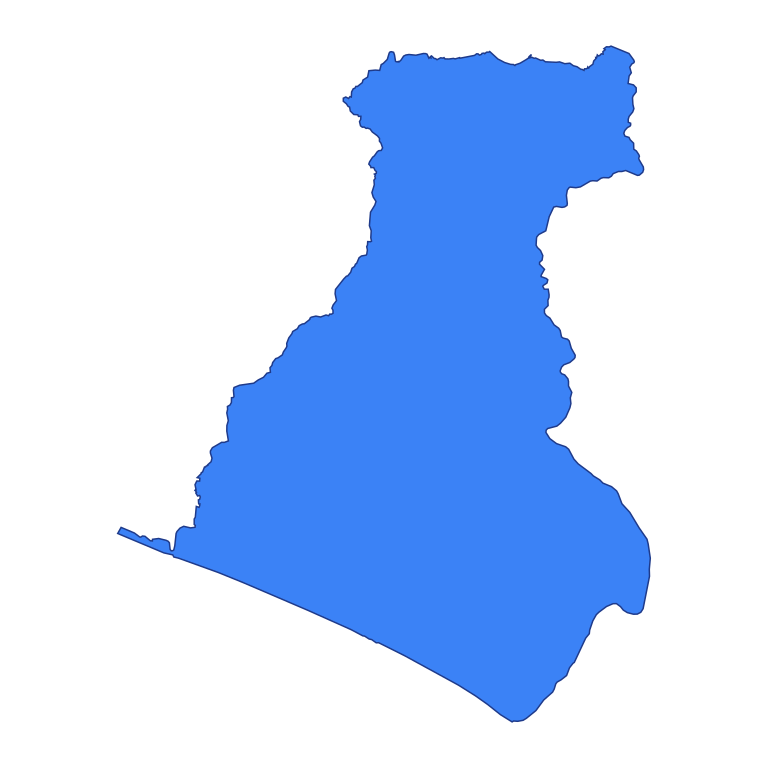 Kulon Progo, Yogyakarta, Indonesia (orthographic projection)
{"feature_id": "22746128B43033686501526", "entity_name": "Kulon Progo", "entity_type": "district", "adm_level": 2, "iso_a3": "IDN", "parent_name": "Indonesia", "parent_adm1": "Yogyakarta", "projection": "orthographic", "projection_center": [110.154, -7.813], "detail": "fine", "context": "isolated", "style": "filled", "palette": "blue", "viewbox_px": 768, "rotation_deg": 0, "n_neighbors": 0, "source": "geoboundaries", "source_scale": "gbopen_adm2", "svg_char_len": 6003}
<svg xmlns="http://www.w3.org/2000/svg" viewBox="0 0 768 768"><path d="M571.8,392.4L568.5,386.0L568.5,381.4L567.9,378.8L564.7,374.9L561.6,373.7L560.3,371.9L560.2,370.7L561.6,367.1L563.8,364.8L569.8,362.5L574.1,358.8L575.0,357.5L575.2,355.2L571.3,348.3L569.2,341.0L567.5,339.2L563.2,338.1L561.5,336.9L560.2,330.5L558.7,328.2L554.1,324.9L549.9,318.1L546.3,315.6L544.5,313.0L544.4,309.3L548.1,305.6L547.9,300.2L549.0,297.3L549.1,294.8L548.2,289.2L544.3,289.2L542.8,286.4L543.2,285.5L547.0,283.0L547.8,279.8L546.3,278.5L541.1,276.6L541.2,275.2L544.5,269.3L539.5,264.2L539.6,262.3L542.1,260.1L542.8,255.6L540.5,250.5L537.4,247.5L536.1,245.2L536.5,238.3L536.8,236.9L538.8,234.5L545.8,230.8L549.2,216.7L553.7,207.1L556.4,206.4L562.0,207.4L564.7,206.9L567.0,205.4L567.3,203.6L566.4,195.3L567.3,190.1L569.1,187.6L570.2,187.1L575.9,187.7L580.4,186.9L590.3,181.1L592.8,180.7L597.1,181.0L601.1,178.2L603.4,177.6L608.8,177.8L611.4,176.2L613.2,173.6L618.4,171.5L621.9,171.5L625.7,170.5L637.5,175.4L639.4,175.1L642.7,172.3L643.6,169.6L643.3,166.9L639.2,159.8L638.7,158.2L639.4,156.3L638.9,154.8L636.4,151.0L633.8,149.2L633.6,143.2L630.2,139.8L629.0,137.4L624.9,136.1L623.8,133.3L624.8,130.5L627.5,127.5L630.0,126.2L630.7,125.0L630.6,123.2L628.3,122.3L628.2,119.3L629.1,116.4L632.7,112.0L633.9,108.7L632.9,104.4L632.5,97.7L633.2,95.8L636.2,91.9L636.2,87.8L633.5,84.9L628.1,83.5L629.1,76.0L631.3,72.8L629.7,67.2L631.8,64.0L633.9,62.7L634.3,61.7L633.8,60.1L629.0,53.5L611.0,46.1L609.2,46.9L606.4,46.8L603.9,48.7L605.2,49.7L602.9,51.6L603.1,54.1L601.3,53.8L599.7,55.5L598.3,55.9L597.3,54.9L596.6,57.7L595.7,57.5L595.9,58.6L593.7,61.0L592.9,64.2L589.2,66.9L588.8,68.0L588.2,68.1L587.7,67.2L587.4,68.2L586.3,68.8L584.5,68.8L584.0,70.4L581.9,69.3L581.0,69.4L577.0,66.7L573.3,65.7L569.9,63.2L564.8,63.7L559.6,61.9L556.3,62.3L545.4,61.8L542.9,60.0L540.7,60.3L535.6,58.0L534.1,58.3L531.9,57.3L529.9,57.8L531.4,54.5L529.0,56.7L528.5,58.0L526.2,59.6L520.1,63.2L515.4,64.8L514.9,65.5L513.4,64.5L510.7,64.4L504.6,62.5L497.9,59.0L489.7,51.5L489.0,52.1L486.5,52.2L484.8,53.7L484.0,53.1L482.0,53.4L481.4,54.4L479.4,55.1L478.1,53.9L476.6,53.8L474.5,55.4L460.0,58.2L459.7,57.6L455.1,58.9L453.5,58.4L449.0,59.0L445.0,58.9L444.0,57.6L443.1,58.1L440.6,57.8L437.0,59.7L435.6,58.6L434.3,58.5L431.5,55.9L430.5,56.5L430.8,57.9L429.8,57.4L428.9,58.2L427.1,54.2L425.7,53.6L423.4,53.5L415.9,55.2L409.0,54.5L405.8,55.0L403.6,56.1L401.0,60.1L398.9,62.0L398.2,61.4L397.5,61.9L396.1,61.7L395.5,61.2L394.5,54.9L393.6,52.3L391.5,51.7L390.1,51.9L389.2,53.0L387.3,59.4L383.3,63.4L381.2,64.6L379.7,70.4L375.3,70.1L368.9,70.7L367.6,77.1L363.0,80.0L362.3,82.6L357.4,86.5L355.9,86.4L354.8,88.3L353.3,88.7L351.6,91.9L351.3,97.0L350.0,96.6L348.5,98.5L345.8,97.0L343.3,98.2L343.3,101.3L346.4,103.8L348.1,106.4L349.6,107.1L350.3,111.0L353.8,114.5L357.8,114.8L358.5,116.4L360.9,116.3L360.7,119.4L359.5,121.6L360.5,125.8L362.3,127.2L364.2,127.1L366.1,128.4L367.5,128.1L370.1,129.0L372.3,132.0L377.5,135.9L379.5,138.4L379.4,141.1L381.0,143.2L382.6,147.9L381.3,150.4L378.7,150.7L377.3,151.7L374.3,155.9L372.6,157.2L369.6,161.8L368.8,164.1L370.7,166.4L370.9,167.6L373.7,167.6L375.1,170.5L376.4,171.6L376.3,173.3L374.4,174.1L375.4,175.0L374.8,176.4L375.4,178.2L373.9,180.2L374.3,184.8L371.9,192.6L373.2,197.0L376.0,201.5L374.8,205.1L370.5,212.2L369.4,225.7L371.2,230.7L370.8,237.8L371.5,241.2L370.6,241.7L367.7,241.6L367.5,244.9L366.7,246.6L367.4,250.0L366.7,254.4L366.2,255.1L361.4,256.0L359.1,257.7L356.6,263.5L355.5,264.1L354.5,266.5L352.0,268.2L350.7,272.2L347.7,275.9L346.4,276.2L343.8,278.9L335.5,289.4L335.1,293.8L336.5,300.6L333.2,304.9L331.9,308.2L333.0,310.3L333.0,313.3L331.2,314.3L329.9,314.0L328.6,315.7L326.0,315.0L320.6,317.0L315.9,316.1L311.2,317.2L310.0,318.2L309.8,319.4L304.4,323.7L302.3,324.0L299.1,325.7L297.4,328.7L292.7,331.5L291.9,333.7L288.8,337.9L286.7,343.4L286.9,346.1L286.4,347.5L283.4,351.9L282.3,354.9L277.9,357.9L275.7,358.6L272.7,362.5L271.9,365.5L270.0,367.7L270.4,372.3L266.9,373.2L263.5,377.3L258.3,379.9L253.7,383.2L239.7,385.2L234.0,387.5L233.4,390.3L234.0,396.6L233.3,397.5L231.5,397.7L231.4,402.5L230.0,405.0L227.4,406.5L227.6,409.3L226.8,412.9L228.3,420.7L226.9,425.5L226.8,431.1L228.4,440.9L224.3,442.4L221.7,442.3L212.4,447.7L210.4,451.0L210.4,453.0L212.0,458.2L211.1,461.7L207.6,464.9L207.8,465.4L206.1,466.1L205.5,467.0L204.5,467.0L202.6,471.9L201.2,472.8L201.1,473.7L197.2,477.6L199.9,478.3L199.6,481.1L196.8,481.0L195.0,484.7L195.9,488.9L195.1,490.3L196.0,490.2L195.8,491.3L196.5,492.3L195.8,493.0L197.6,496.0L199.6,495.5L200.3,497.0L199.6,499.4L198.4,499.9L198.6,503.3L199.0,504.1L199.9,504.0L199.7,505.7L199.0,507.4L196.3,506.4L195.3,517.3L194.2,519.0L194.2,524.5L195.3,525.4L195.0,527.3L190.6,527.9L183.7,526.3L180.0,528.1L177.0,531.5L176.1,533.5L174.8,545.7L173.8,549.9L172.7,550.7L171.2,550.8L170.1,549.4L169.4,542.8L168.2,541.3L166.1,540.3L158.7,538.5L152.5,539.3L152.4,540.9L150.4,540.8L145.0,536.3L142.5,536.0L140.7,537.1L139.7,537.0L134.4,533.0L121.1,527.4L117.7,533.5L163.9,552.9L172.8,554.9L173.8,557.0L178.3,558.1L218.3,572.5L243.4,582.7L308.3,610.5L351.2,629.7L362.9,635.9L364.6,636.1L369.1,639.0L371.7,639.6L376.2,642.8L378.6,642.7L404.6,655.7L458.2,685.0L475.4,695.8L487.4,704.3L500.5,714.7L512.1,721.9L513.6,721.0L517.7,721.3L523.1,720.3L526.4,718.3L535.9,710.6L543.7,700.0L552.6,692.1L554.2,689.1L555.8,683.8L557.2,682.0L561.0,679.9L566.6,675.5L569.5,667.8L572.9,663.4L574.3,662.4L585.7,638.1L589.3,633.7L589.7,630.0L592.8,620.9L596.3,614.7L598.9,612.2L606.5,606.5L613.0,603.7L616.4,603.6L620.5,606.6L623.3,610.1L627.3,612.6L633.4,614.2L637.3,614.1L640.8,612.3L643.1,608.7L649.5,576.3L649.3,569.3L650.3,558.2L648.2,544.1L647.0,539.2L639.2,528.0L629.8,512.4L621.9,503.7L618.2,493.8L616.6,490.9L611.6,486.7L602.9,483.1L599.8,479.9L593.3,475.9L591.0,473.5L578.2,463.9L573.9,459.1L568.7,449.3L565.7,446.8L556.5,443.6L549.8,438.6L545.9,432.4L546.2,430.1L547.7,428.5L556.9,426.1L560.6,423.1L565.8,417.2L569.9,407.8L570.9,403.6L570.3,397.9L571.8,392.4Z" fill="#3b82f6" stroke="#1e3a8a" stroke-width="1.5"/></svg>